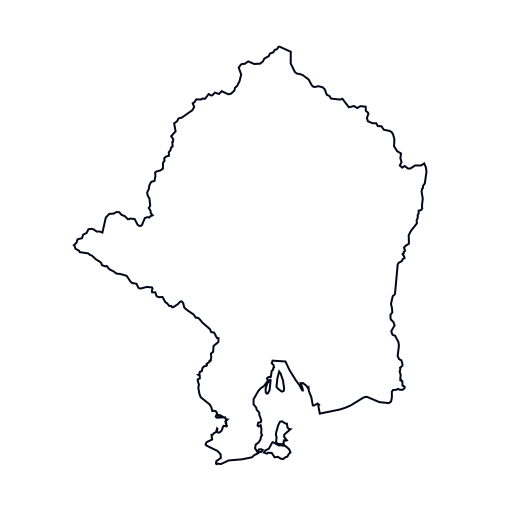 Kapoe, Ranong, Thailand (Albers equal-area conic projection), rotated 263°
{"feature_id": "78962969B6628282712550", "entity_name": "Kapoe", "entity_type": "district", "adm_level": 2, "iso_a3": "THA", "parent_name": "Thailand", "parent_adm1": "Ranong", "projection": "albers", "projection_center": [98.584, 9.581], "detail": "fine", "context": "isolated", "style": "outline", "palette": "ink", "viewbox_px": 512, "rotation_deg": 263, "n_neighbors": 0, "source": "geoboundaries", "source_scale": "gbopen_adm2", "svg_char_len": 6029}
<svg xmlns="http://www.w3.org/2000/svg" viewBox="0 0 512 512"><g transform="rotate(263 256 256)"><path d="M422.5,228.8L418.2,224.5L418.8,222.0L418.0,220.3L418.8,215.9L416.1,213.6L415.3,211.8L411.4,212.8L408.4,210.5L402.5,199.4L401.9,195.8L399.3,194.0L397.6,190.9L389.6,191.4L385.2,186.4L382.0,188.1L379.6,187.6L379.3,186.8L374.9,186.6L374.0,185.0L371.2,183.9L369.7,182.1L366.1,181.8L365.6,178.7L364.2,176.8L361.8,176.8L359.7,175.0L354.1,174.3L352.6,171.6L352.0,167.4L351.2,166.1L347.6,165.9L342.9,164.4L342.5,161.5L341.8,160.5L338.7,158.6L335.8,157.9L332.4,155.7L329.4,155.8L326.1,157.2L320.2,157.2L318.6,157.0L316.7,155.4L314.0,156.8L311.2,156.8L309.0,158.4L308.4,156.1L307.2,154.7L307.8,152.7L307.2,150.3L300.7,146.6L300.0,145.6L300.0,144.0L301.4,142.3L307.4,140.1L308.5,135.8L308.0,133.4L311.6,130.6L313.1,127.7L316.2,125.5L316.6,122.8L315.4,119.8L315.7,115.5L312.4,111.6L298.0,106.4L299.3,103.9L299.7,100.8L302.1,98.2L303.0,96.1L303.0,93.0L299.5,90.6L298.2,87.0L294.9,85.5L294.3,80.9L291.1,79.5L288.9,76.5L288.1,77.2L285.2,77.7L282.9,80.9L281.3,81.6L279.0,89.9L277.4,91.2L276.4,93.2L272.1,96.8L269.3,100.4L267.8,101.6L265.7,102.0L264.1,105.1L264.3,106.6L260.8,108.8L257.8,113.1L255.5,115.4L254.7,119.1L252.1,125.2L245.7,128.4L244.2,130.0L243.0,134.0L239.0,135.3L238.1,136.2L237.8,137.8L238.6,143.8L237.5,148.9L236.3,149.3L233.8,148.3L232.6,148.5L232.2,151.6L228.7,152.3L227.7,153.1L226.9,154.8L226.7,158.2L221.0,160.5L220.3,161.7L217.0,163.8L216.7,165.8L215.3,166.6L215.2,167.5L217.8,172.7L220.0,175.2L220.0,176.7L218.1,178.0L213.7,178.5L211.1,180.6L205.6,186.9L202.0,188.8L201.9,190.5L200.8,191.9L196.3,194.8L189.1,201.3L185.9,202.3L185.1,205.1L179.4,207.2L179.0,208.8L175.2,208.1L171.9,202.9L166.2,201.8L164.5,199.3L161.4,199.3L157.7,198.3L157.7,197.1L156.6,196.9L154.8,193.7L154.0,194.1L153.0,193.5L152.7,190.7L151.1,189.1L148.4,188.2L147.9,186.2L145.4,185.3L145.1,184.2L144.1,185.6L141.3,185.3L140.7,183.3L139.9,182.9L135.1,183.7L132.5,182.7L126.1,183.0L122.6,183.9L114.3,191.9L111.7,193.1L107.4,193.8L107.4,196.1L106.9,197.1L104.9,198.2L103.5,197.6L102.0,201.6L99.7,204.4L99.6,205.7L97.5,206.1L97.2,207.7L95.4,205.4L94.7,206.0L93.6,206.1L93.3,205.6L91.0,206.5L90.4,206.0L91.4,203.4L90.7,202.5L87.1,200.8L85.4,198.6L85.2,197.1L86.6,195.7L89.2,196.7L89.6,196.4L86.0,194.8L85.2,192.5L84.0,191.4L83.9,190.0L79.2,190.1L77.3,184.4L75.7,183.2L74.7,183.0L73.4,184.5L67.2,194.0L63.5,196.7L59.8,196.5L57.2,191.6L54.8,191.0L54.2,191.5L54.5,192.8L53.8,195.9L56.4,203.9L55.9,217.5L56.7,227.4L58.5,229.9L60.0,234.1L65.3,231.6L68.9,232.8L70.6,235.9L73.2,238.0L76.4,239.1L77.4,240.2L79.6,239.5L83.5,240.3L87.5,240.0L86.5,238.1L87.5,236.9L90.3,237.9L90.5,240.5L92.3,241.2L98.2,239.9L100.2,240.1L103.4,237.9L105.3,237.8L109.1,235.5L114.1,236.1L121.8,241.9L124.2,244.6L125.9,248.0L130.4,252.3L131.7,252.6L132.9,251.9L133.6,252.4L134.5,254.1L133.9,255.6L134.2,256.0L140.1,257.6L141.0,259.1L142.6,259.4L143.3,260.4L145.8,260.0L147.7,258.5L150.1,259.7L147.7,272.4L138.8,275.3L127.7,280.4L122.3,283.5L117.0,285.5L116.9,286.1L118.7,286.1L124.4,284.9L124.1,287.2L121.1,290.2L118.8,291.3L119.3,292.1L115.5,292.0L109.2,293.7L100.8,294.2L100.6,295.7L102.1,299.0L100.6,300.5L99.8,299.6L91.8,300.1L93.4,320.3L94.4,325.7L96.0,331.4L102.4,345.5L102.8,347.4L102.6,349.1L95.9,360.7L93.8,369.9L95.1,372.3L98.9,373.6L104.7,374.3L106.3,375.7L106.1,378.7L106.8,380.8L105.8,382.2L105.3,385.1L106.7,387.3L108.2,387.6L109.6,385.6L113.9,386.0L114.9,384.2L115.8,384.8L116.4,384.2L120.3,385.1L124.0,384.5L125.7,385.4L127.6,385.4L129.1,387.8L130.4,388.2L134.7,387.6L136.2,385.4L139.5,384.4L149.4,386.9L153.1,386.9L160.0,384.3L160.8,382.4L161.7,381.7L164.9,381.1L170.2,385.1L173.6,384.4L176.4,382.2L177.9,381.9L181.5,382.4L183.3,384.4L188.1,384.6L191.9,384.1L199.6,386.9L200.7,388.8L201.8,389.4L230.3,395.6L231.8,396.7L233.1,400.0L235.1,401.3L235.7,403.1L237.1,403.1L240.0,401.7L240.7,403.0L242.0,403.1L243.1,404.6L246.3,403.9L247.9,405.8L249.6,409.3L258.0,410.1L262.0,412.8L268.8,419.7L271.6,419.7L274.3,421.2L277.0,421.5L278.4,422.6L281.2,423.0L281.5,425.5L282.9,426.8L285.5,426.8L292.5,428.5L299.8,428.2L302.2,428.9L303.0,429.9L305.2,430.3L307.5,432.4L318.9,435.5L323.4,435.4L327.4,434.2L325.7,430.9L326.5,425.1L324.0,419.8L324.3,417.5L327.2,414.6L325.9,411.9L328.3,409.8L331.5,411.9L335.3,411.2L340.1,412.4L342.8,408.9L348.1,406.4L355.2,407.6L360.3,406.8L362.6,405.6L363.8,403.9L365.8,398.2L369.5,396.3L370.1,392.7L373.1,391.5L373.6,387.8L376.1,383.5L379.4,382.9L383.4,384.9L384.7,384.6L386.7,382.7L390.8,383.1L392.0,377.9L390.5,374.5L392.9,371.6L392.3,366.3L401.6,360.9L401.0,358.5L403.1,349.7L405.8,348.4L407.4,345.9L413.2,344.5L415.4,342.6L416.9,338.7L416.6,334.9L417.1,333.4L419.0,332.0L424.7,329.8L429.6,324.7L430.9,322.6L432.1,318.8L433.9,317.0L442.9,313.9L454.5,315.4L460.9,304.9L460.8,303.7L458.9,302.3L458.1,299.5L456.0,297.9L455.3,294.6L452.9,293.1L450.9,288.3L448.2,286.5L446.4,283.5L446.8,277.6L450.1,272.0L448.1,268.2L448.3,265.6L447.8,264.3L445.1,261.8L437.9,263.4L431.6,261.0L427.2,258.1L425.6,255.8L422.6,254.5L420.1,250.8L419.9,248.2L423.8,242.0L421.3,239.0L423.2,235.2L421.0,232.4L420.7,231.2L422.5,228.8ZM60.4,265.2L63.8,262.0L65.1,257.7L65.2,255.6L69.2,250.0L68.7,249.2L63.2,245.3L61.7,241.3L59.9,240.0L58.5,242.8L59.2,243.8L58.7,247.5L53.9,250.0L54.0,253.2L51.8,256.0L51.1,258.1L52.7,260.8L53.0,262.6L55.4,264.3L56.9,266.3L60.4,265.2ZM73.8,254.4L69.2,253.3L67.0,254.4L65.7,260.7L68.4,260.7L69.7,261.5L69.0,262.9L69.3,264.2L73.0,261.9L75.3,262.3L79.9,269.1L80.4,267.6L81.8,266.4L85.9,266.2L86.2,264.7L88.8,261.5L88.5,259.5L84.9,257.2L78.6,254.6L76.0,253.9L73.8,254.4ZM123.7,260.4L121.7,261.5L118.6,264.7L118.2,265.4L118.8,267.1L121.4,267.8L129.3,267.6L136.3,266.1L138.5,264.9L131.9,262.3L123.7,260.4ZM131.3,254.8L128.0,251.5L122.9,249.3L119.4,249.1L118.0,250.2L118.5,251.3L121.2,253.1L131.0,255.4L131.3,254.8ZM62.6,239.1L63.5,237.9L63.7,235.4L62.0,233.9L61.0,234.9L60.9,237.0L61.2,238.0L62.6,239.1ZM100.0,201.7L102.0,200.0L102.6,197.7L101.8,196.5L100.8,196.8L100.2,197.8L100.0,201.7Z" fill="none" stroke="#020617" stroke-width="2"/></g></svg>